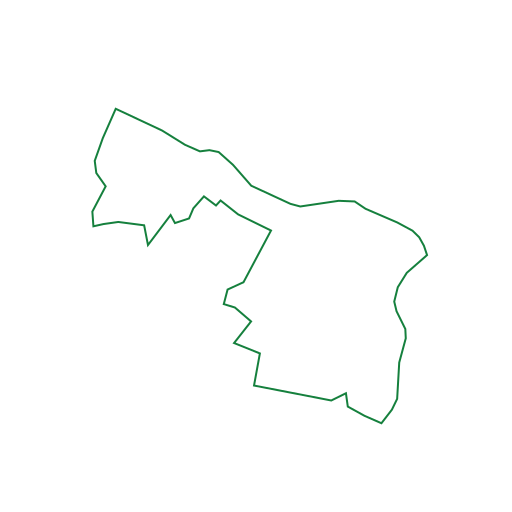 the Municipality of Salacgrivas, rotated 124°
{"feature_id": "LVA-5774", "entity_name": "Salacgrivas", "entity_type": "Municipality", "adm_level": 1, "iso_a3": "LVA", "parent_name": "Latvia", "parent_adm1": "", "projection": "equal_earth", "projection_center": [24.458, 57.674], "detail": "fine", "context": "isolated", "style": "outline", "palette": "green", "viewbox_px": 512, "rotation_deg": 124, "n_neighbors": 0, "source": "natural_earth", "source_scale": "10m", "svg_char_len": 877}
<svg xmlns="http://www.w3.org/2000/svg" viewBox="0 0 512 512"><g transform="rotate(124 256 256)"><path d="M307.4,57.4L324.5,58.5L327.8,76.6L329.5,95.7L319.5,104.7L333.7,112.8L364.5,185.2L334.6,198.3L340.4,225.5L313.0,223.5L310.5,244.7L313.9,255.8L299.7,260.8L284.7,251.7L226.5,257.8L231.5,294.1L229.8,316.4L236.5,317.4L235.7,332.5L251.5,334.6L262.3,332.5L274.0,341.6L269.8,349.7L307.3,351.7L293.1,365.9L304.8,389.2L314.8,400.3L322.3,407.4L310.7,416.5L282.3,419.6L276.5,434.8L267.3,442.9L244.0,448.9L212.4,454.6L204.5,404.0L203.5,377.0L200.6,361.0L194.3,353.8L190.7,345.1L193.3,326.0L200.4,299.2L193.5,256.6L190.2,247.0L164.0,218.3L155.6,204.7L155.6,191.6L149.2,157.6L147.5,140.4L149.2,131.2L153.6,122.5L159.6,114.7L185.6,121.6L202.6,121.0L216.5,115.9L223.2,108.6L233.0,91.4L240.5,85.8L264.2,77.7L295.5,59.1L307.4,57.4Z" fill="none" stroke="#15803d" stroke-width="2"/></g></svg>